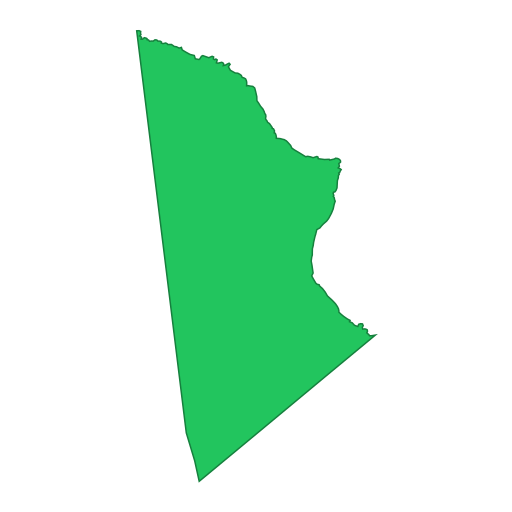 Badrulchau, Ngarchelong, Palau (orthographic projection)
{"feature_id": "81905179B80173793972451", "entity_name": "Badrulchau", "entity_type": "district", "adm_level": 2, "iso_a3": "PLW", "parent_name": "Palau", "parent_adm1": "Ngarchelong", "projection": "orthographic", "projection_center": [134.635, 7.709], "detail": "fine", "context": "isolated", "style": "filled", "palette": "green", "viewbox_px": 512, "rotation_deg": 0, "n_neighbors": 0, "source": "geoboundaries", "source_scale": "gbopen_adm2", "svg_char_len": 2704}
<svg xmlns="http://www.w3.org/2000/svg" viewBox="0 0 512 512"><path d="M325.1,376.7L375.3,335.1L371.7,335.7L369.7,335.8L368.8,334.6L366.8,332.8L367.5,331.2L367.2,329.8L366.3,329.3L364.9,328.9L362.7,329.1L362.3,327.3L363.2,325.7L362.5,323.9L360.5,323.7L358.7,324.3L357.8,326.5L354.5,325.3L352.2,322.8L349.5,321.7L350.1,320.4L347.4,319.0L343.8,316.5L340.9,314.1L338.9,312.2L338.9,310.9L338.5,308.9L337.4,306.6L335.5,303.8L332.3,300.4L327.4,295.9L325.2,292.1L322.5,288.6L319.7,286.1L319.1,284.7L317.2,284.3L315.9,283.3L313.2,278.7L311.7,275.9L313.1,273.0L312.8,271.1L312.0,265.4L311.2,261.1L311.7,257.2L312.3,255.0L312.3,253.0L312.4,248.7L313.2,245.6L313.6,242.4L314.5,238.5L315.0,236.4L315.6,234.5L316.8,229.6L319.9,227.9L321.4,226.0L323.3,224.0L326.6,221.1L328.6,218.5L331.4,213.3L333.2,208.9L334.2,204.2L335.2,201.2L334.6,199.8L334.2,197.6L333.3,196.3L333.8,195.4L333.1,193.3L333.5,192.2L334.9,191.9L336.0,190.4L337.0,187.9L337.2,184.2L337.4,180.6L338.3,177.8L338.4,175.5L339.2,174.4L338.7,173.0L339.6,172.7L340.2,171.1L341.2,169.6L340.5,169.0L338.2,167.9L339.4,166.2L338.8,163.5L339.8,162.8L340.6,162.0L340.4,160.5L339.4,159.4L337.7,158.5L335.6,158.2L334.4,159.0L329.6,160.1L329.2,159.3L324.5,159.5L318.2,158.7L318.0,157.1L316.9,156.5L313.1,157.7L310.7,156.9L307.7,156.3L305.6,156.7L302.4,154.7L298.8,152.5L294.4,149.9L291.9,148.1L291.4,147.2L290.6,145.4L289.5,144.2L287.7,142.2L286.4,140.9L284.2,139.6L282.8,139.3L280.2,138.6L276.3,138.3L276.3,136.6L276.0,135.1L275.3,133.3L274.2,132.9L274.5,130.8L273.5,128.8L272.2,128.4L272.2,127.5L269.5,123.6L267.6,122.3L266.9,120.7L265.7,119.3L265.6,118.0L265.9,116.5L265.7,114.8L264.7,113.3L264.2,111.6L262.9,109.0L260.5,106.2L258.8,103.4L256.9,100.7L256.8,96.7L255.6,91.4L254.7,88.0L252.8,86.4L249.8,86.0L248.0,85.6L246.6,85.8L246.7,84.2L246.7,82.1L246.3,80.5L245.6,78.9L244.1,78.0L242.1,77.3L241.3,75.4L239.7,74.2L237.8,73.2L235.2,73.0L230.4,70.3L228.4,66.8L230.1,64.3L229.1,63.2L226.8,64.3L225.3,65.2L223.3,65.6L223.8,64.2L222.9,62.8L221.7,62.3L217.9,63.2L216.4,62.8L217.2,59.9L215.9,59.0L214.8,59.7L213.4,59.0L213.6,56.9L212.1,56.3L208.8,57.7L202.8,55.6L201.5,56.2L199.8,58.9L199.0,59.5L195.3,58.8L194.3,55.5L190.0,54.4L185.6,52.0L182.2,49.9L181.4,47.4L179.1,48.1L176.6,46.8L174.1,46.4L173.4,45.8L171.5,44.5L167.7,44.5L167.1,43.7L165.7,43.0L163.0,43.6L161.3,43.1L161.5,42.1L160.6,41.3L159.3,41.1L157.9,41.1L156.8,40.0L155.0,39.8L153.2,41.1L151.6,41.0L149.5,41.3L148.6,40.0L147.1,39.7L147.0,38.6L146.0,38.1L144.3,37.7L142.5,39.2L141.1,39.2L141.6,37.4L140.7,36.5L139.5,35.9L140.9,34.6L140.5,33.2L140.7,31.4L139.1,30.7L136.7,30.8L167.6,281.1L186.3,432.9L194.7,460.8L199.2,481.3L264.4,427.2L325.1,376.7Z" fill="#22c55e" stroke="#15803d" stroke-width="1.5"/></svg>